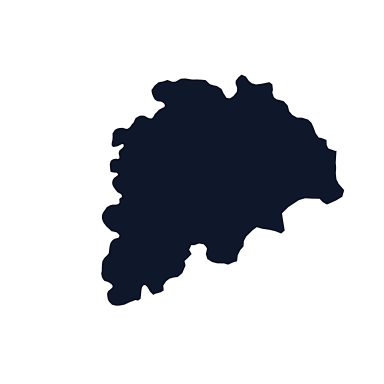 the district of Hlusk, Mogilev, Belarus, rotated 228°
{"feature_id": "67162791B26256964844328", "entity_name": "Hlusk", "entity_type": "district", "adm_level": 2, "iso_a3": "BLR", "parent_name": "Belarus", "parent_adm1": "Mogilev", "projection": "orthographic", "projection_center": [28.734, 52.926], "detail": "fine", "context": "isolated", "style": "filled", "palette": "ink", "viewbox_px": 384, "rotation_deg": 228, "n_neighbors": 0, "source": "geoboundaries", "source_scale": "gbopen_adm2", "svg_char_len": 3419}
<svg xmlns="http://www.w3.org/2000/svg" viewBox="0 0 384 384"><g transform="rotate(228 192 192)"><path d="M294.4,230.8L293.2,229.8L291.1,228.6L288.1,227.5L285.4,227.0L282.9,227.7L281.5,229.1L280.0,230.3L278.1,231.0L275.9,231.2L273.4,230.1L273.0,228.0L273.8,225.1L274.5,222.3L274.2,220.0L274.1,216.8L273.1,214.2L272.7,212.0L273.4,210.3L275.3,208.7L276.7,208.1L280.0,207.0L281.8,205.4L283.1,203.4L283.9,199.7L282.8,197.1L281.9,195.0L281.9,193.0L281.2,190.6L281.0,188.3L281.5,185.6L283.1,184.3L285.4,183.0L287.3,180.7L288.5,178.6L289.0,176.3L288.0,172.5L285.7,170.6L283.3,168.1L281.7,165.8L280.2,164.3L278.6,164.2L276.5,167.7L275.8,170.2L275.0,173.0L272.9,173.8L270.9,172.2L270.5,169.8L270.6,167.8L270.6,165.9L269.3,163.9L267.4,162.9L265.2,161.4L264.9,160.4L265.5,158.3L267.1,157.3L268.3,155.2L268.7,154.0L268.7,152.5L267.0,149.9L264.9,148.4L263.2,147.0L261.4,145.9L260.0,146.9L258.7,148.1L257.2,149.6L254.8,149.8L253.4,149.0L253.5,146.6L253.8,143.4L253.2,141.3L251.9,139.5L250.5,138.5L248.3,137.8L245.2,137.4L241.9,137.2L238.7,138.4L237.2,138.5L236.0,138.2L235.0,137.5L234.3,136.5L234.8,134.4L234.7,133.6L232.8,132.2L231.7,131.1L231.6,128.9L232.8,126.7L233.9,125.4L235.0,124.2L236.1,122.3L237.0,118.6L236.4,116.3L235.7,113.0L234.9,110.8L233.7,109.4L232.4,108.1L230.2,107.1L228.1,106.4L223.6,106.1L219.5,106.5L217.0,106.7L215.5,107.8L212.7,109.7L209.8,110.0L207.8,109.7L206.6,107.9L206.5,106.2L207.4,104.8L208.3,102.9L208.6,101.0L208.2,98.3L207.2,96.3L205.3,93.8L203.0,91.3L201.5,89.5L201.1,87.6L200.9,83.0L200.4,81.2L199.9,79.6L198.1,77.4L195.4,74.7L193.3,72.8L191.6,70.5L188.9,68.9L186.8,68.3L184.7,68.2L183.2,69.2L181.4,70.2L179.5,70.8L176.7,71.3L174.3,70.6L173.5,68.5L173.6,66.2L173.7,63.4L172.6,61.3L170.3,59.6L168.4,58.4L165.9,57.7L162.0,57.9L158.8,60.1L156.7,62.6L154.2,66.7L153.2,69.9L152.4,72.5L151.2,75.4L150.2,78.2L148.1,79.7L147.8,82.0L149.8,84.3L153.6,88.4L155.4,90.9L156.0,94.3L153.9,95.9L151.0,96.0L145.9,94.9L142.1,95.1L141.9,96.4L139.1,102.0L138.6,104.8L142.4,107.6L143.8,113.2L143.3,117.8L141.4,121.6L139.1,124.8L139.0,130.4L142.3,137.5L146.5,139.8L146.5,144.5L146.9,149.6L151.6,150.6L153.9,156.2L151.6,158.5L149.7,163.2L145.5,166.5L142.2,166.5L139.4,166.0L136.1,161.3L131.9,159.4L126.8,160.8L122.6,163.6L117.9,168.7L114.6,170.6L112.7,176.2L111.3,179.0L115.0,183.2L117.3,188.8L117.8,193.5L121.5,197.3L123.4,202.4L123.8,211.4L123.3,217.0L118.2,220.2L112.5,224.9L107.8,228.2L102.2,231.0L102.1,234.7L111.0,240.4L116.7,244.2L117.1,253.6L115.2,266.2L114.7,267.3L112.3,272.3L106.7,277.9L101.9,283.1L97.2,283.1L93.0,284.5L90.1,293.4L88.7,300.4L92.0,305.6L100.0,305.7L105.1,307.1L110.3,310.9L114.0,314.7L118.3,318.0L121.5,321.3L125.9,325.8L126.4,325.2L130.2,323.2L131.9,322.1L133.7,321.8L137.1,322.8L140.8,325.9L145.3,323.6L147.4,321.8L153.2,322.5L158.3,324.6L163.5,326.3L167.9,326.0L173.1,322.9L176.5,319.2L182.0,317.4L187.2,317.5L192.3,320.2L197.8,320.2L201.2,318.1L204.0,316.1L207.7,315.4L212.5,317.5L214.6,320.2L218.4,322.9L221.4,322.3L223.8,318.1L225.9,314.7L228.6,310.9L232.4,308.5L236.5,307.8L241.7,308.5L245.4,306.8L245.4,303.0L244.7,299.3L243.0,297.6L238.6,295.8L235.8,292.8L234.8,287.0L235.5,282.5L238.5,279.8L244.7,280.8L248.8,282.1L253.6,280.8L257.0,278.4L260.1,276.6L265.6,276.3L268.0,274.2L271.7,270.5L275.1,266.7L280.6,262.2L283.0,259.1L284.3,253.3L286.4,250.6L291.1,248.2L292.8,244.1L295.2,240.3L295.3,235.2L294.4,231.5L294.4,230.8Z" fill="#0f172a" stroke="#020617" stroke-width="1.5"/></g></svg>